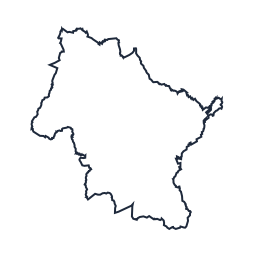 outline of Tala, Jalisco, Mexico, rotated 175°
{"feature_id": "50627088B29347766451470", "entity_name": "Tala", "entity_type": "district", "adm_level": 2, "iso_a3": "MEX", "parent_name": "Mexico", "parent_adm1": "Jalisco", "projection": "equal_earth", "projection_center": [-103.69, 20.61], "detail": "fine", "context": "isolated", "style": "outline", "palette": "slate", "viewbox_px": 256, "rotation_deg": 175, "n_neighbors": 0, "source": "geoboundaries", "source_scale": "gbopen_adm2", "svg_char_len": 5809}
<svg xmlns="http://www.w3.org/2000/svg" viewBox="0 0 256 256"><g transform="rotate(175 128 128)"><path d="M185.7,231.6L187.0,229.8L187.0,228.9L187.9,226.7L189.7,223.9L189.2,223.3L186.4,223.0L187.4,219.8L188.2,218.6L187.8,218.4L185.4,211.7L185.3,209.7L187.2,209.9L187.2,209.5L189.0,208.7L190.8,203.8L190.2,201.5L195.2,199.3L200.4,197.7L193.2,193.8L195.2,188.8L196.5,187.5L199.2,182.0L199.4,181.1L199.1,179.3L200.1,178.2L199.2,177.5L200.3,176.3L199.8,175.1L200.0,174.7L200.9,174.5L201.3,174.0L201.3,172.9L202.7,171.9L203.2,169.7L203.9,168.5L204.0,166.6L205.6,165.5L208.4,165.5L209.0,163.9L211.0,163.1L211.4,161.7L212.3,160.3L212.1,159.6L212.5,158.1L213.8,155.8L215.6,155.0L216.0,153.5L217.0,152.2L216.8,149.5L218.7,147.1L220.3,146.8L223.1,143.1L222.7,142.0L223.4,141.3L223.7,139.9L223.2,137.8L223.8,137.2L224.2,135.4L223.2,135.8L222.9,135.5L223.0,133.9L222.5,132.6L216.4,127.9L212.8,127.4L211.4,126.0L210.7,127.2L207.9,125.3L207.5,124.3L206.1,123.4L204.7,123.6L204.5,124.7L203.1,124.5L202.4,126.3L201.8,126.7L201.7,127.7L200.9,129.2L199.6,129.9L199.7,130.7L199.0,130.5L198.3,131.2L196.4,131.5L195.5,130.9L194.0,131.0L193.8,132.7L193.0,133.3L188.9,133.7L187.9,134.3L185.0,133.2L184.8,132.2L183.6,131.7L183.5,130.4L183.9,129.2L183.0,127.2L183.0,126.3L183.5,125.7L183.8,126.0L184.7,125.7L184.9,125.0L184.2,123.9L185.1,123.8L184.8,121.7L184.2,121.1L184.0,119.2L183.2,118.0L182.7,115.5L182.9,113.9L181.9,111.9L182.2,109.2L181.6,108.3L182.1,107.4L181.6,107.5L181.6,107.0L181.0,106.6L180.4,107.3L180.2,106.9L179.5,106.9L179.1,105.8L178.6,106.0L178.2,105.6L178.0,106.1L177.2,105.0L176.5,105.6L176.4,105.1L175.3,105.3L173.4,103.9L172.9,104.3L173.2,102.1L174.7,101.9L177.9,102.5L179.1,101.0L179.0,99.9L178.1,98.3L176.8,94.8L174.7,94.1L170.4,94.2L170.1,91.8L168.9,91.3L168.3,90.1L169.6,89.4L170.0,88.6L170.8,88.6L171.5,87.3L172.0,87.4L173.6,85.6L173.5,83.8L174.1,83.0L174.4,81.9L174.0,79.9L174.6,79.4L174.6,77.7L175.2,76.3L175.6,76.3L176.1,75.4L175.1,74.5L175.1,72.7L174.1,70.5L175.3,68.7L175.2,66.8L175.9,65.6L175.7,64.4L174.9,63.2L175.7,62.7L175.1,62.3L174.1,60.3L166.5,65.3L163.7,64.2L161.5,64.0L159.0,65.2L156.8,65.3L155.4,64.6L153.8,65.4L151.9,64.8L150.8,63.6L150.0,61.6L149.9,60.8L150.3,60.2L150.0,59.8L150.0,57.5L148.6,57.0L148.0,55.6L147.9,53.8L147.0,51.4L147.8,49.4L148.4,44.6L144.8,45.4L131.4,50.3L129.9,51.7L130.5,49.7L131.8,39.5L130.6,37.1L128.0,36.1L128.2,36.6L126.6,36.6L126.2,37.3L124.0,38.3L120.3,38.6L117.0,37.1L114.6,38.4L110.3,34.8L109.7,34.8L109.5,35.3L108.2,34.7L107.0,35.0L104.0,33.5L102.7,34.0L102.4,34.9L100.5,32.7L100.3,30.3L100.7,28.1L98.3,26.6L97.5,25.3L95.7,23.9L92.3,25.5L91.7,25.5L91.6,24.7L89.2,23.3L84.8,24.2L84.3,25.3L80.7,23.9L79.6,23.8L78.4,25.0L76.3,30.3L76.4,33.4L73.9,35.6L73.6,37.7L72.8,38.8L73.3,39.8L74.7,40.1L75.7,42.0L77.1,42.3L77.1,43.0L76.4,44.0L77.1,44.9L77.2,47.8L77.5,46.0L77.6,48.0L78.5,49.6L80.2,50.7L80.1,55.4L80.8,60.0L82.0,61.5L81.6,63.2L81.9,65.2L82.6,65.1L83.1,64.3L85.5,65.2L85.3,66.1L86.5,67.4L87.4,69.5L87.3,72.6L87.6,73.2L87.1,73.3L86.2,75.1L85.1,75.7L83.5,79.1L82.3,79.4L82.0,80.4L81.0,81.2L78.7,82.3L79.0,82.8L79.9,82.7L80.4,84.6L79.2,84.7L78.8,88.6L81.3,88.1L82.9,93.3L81.7,93.2L81.7,95.4L80.6,94.8L81.0,93.0L79.7,93.5L79.4,92.9L77.8,92.3L77.6,93.6L78.0,94.4L77.0,94.9L76.6,98.0L74.7,100.0L71.5,101.5L71.1,104.1L69.0,104.9L69.2,106.2L68.0,106.4L68.1,107.5L66.9,108.0L66.6,105.9L60.5,108.7L60.7,110.8L55.7,112.9L55.9,115.0L54.6,115.6L54.8,117.5L53.7,118.0L53.2,118.6L52.8,120.5L52.4,120.6L51.9,122.2L51.6,124.1L52.1,126.2L52.0,128.7L51.6,129.1L51.4,126.9L50.8,127.2L50.9,128.5L49.5,129.4L49.8,130.6L49.2,131.1L48.9,129.8L46.8,131.1L46.9,132.3L47.3,132.7L46.8,133.1L44.7,134.4L43.1,134.1L42.6,132.8L41.8,133.0L41.2,135.5L38.9,137.4L37.5,137.8L35.5,139.5L33.9,139.6L33.2,139.1L32.4,140.8L32.7,142.0L33.6,142.8L33.7,143.3L32.3,144.3L31.8,145.5L32.5,146.8L32.1,148.9L32.4,148.6L33.7,149.0L35.0,150.2L36.4,149.7L37.0,149.8L37.0,150.3L37.3,149.9L37.8,150.3L37.9,149.7L38.5,149.8L38.5,149.3L39.2,149.4L39.3,147.6L40.4,146.3L40.9,147.2L41.6,146.7L41.2,145.8L43.0,144.5L42.7,143.8L43.2,143.3L43.0,142.9L43.8,142.4L43.5,140.7L43.9,140.4L43.7,138.9L47.3,135.9L47.6,134.8L48.8,136.8L45.1,139.5L45.3,140.3L43.9,142.3L44.7,142.7L45.1,142.0L46.9,141.2L48.5,141.7L51.9,139.6L52.0,141.7L52.6,141.6L52.6,143.1L53.7,143.0L53.8,144.5L54.3,144.5L54.3,145.8L57.5,148.8L58.7,151.3L60.4,150.3L61.0,151.6L61.6,151.3L61.8,152.4L62.7,152.0L63.3,154.1L64.9,153.5L65.5,155.7L66.3,155.4L66.8,158.0L66.2,158.2L69.2,161.2L70.0,161.2L70.0,161.6L71.0,161.9L70.5,159.9L73.1,159.5L72.9,160.3L74.0,160.0L75.6,158.0L75.9,159.6L76.7,160.3L78.3,161.2L79.3,161.1L80.4,162.0L81.2,161.4L81.8,161.7L82.2,162.6L82.0,163.5L82.8,164.1L83.3,166.0L83.6,166.3L85.5,166.5L86.2,167.3L86.8,166.9L88.0,168.7L91.0,168.3L92.0,169.1L92.9,168.9L93.7,169.8L93.6,170.4L94.9,171.4L98.7,171.4L99.2,171.8L100.7,174.1L102.2,175.2L102.7,179.4L104.2,181.0L105.0,182.6L104.9,183.2L106.9,186.5L107.2,188.6L109.4,191.0L109.5,192.2L109.1,193.2L110.1,194.9L110.2,196.9L112.2,199.3L113.4,201.6L113.0,206.1L113.2,206.7L115.1,206.7L115.3,204.4L117.0,202.5L120.2,200.7L125.1,198.8L125.7,198.6L126.3,199.3L126.7,199.3L126.8,198.9L127.7,200.6L129.0,200.7L128.9,201.8L129.5,202.3L129.5,203.5L129.0,204.4L129.1,207.0L130.0,210.9L130.2,213.5L129.5,213.9L129.8,214.6L129.4,216.1L130.8,217.0L131.8,218.4L140.0,218.3L141.0,217.5L143.1,218.0L143.2,217.1L143.7,217.4L144.0,216.3L145.3,216.7L145.5,215.7L146.2,215.9L146.6,214.2L148.6,215.7L149.1,213.5L150.2,214.4L150.0,215.3L154.9,219.2L156.5,220.8L160.4,222.6L159.9,223.3L159.8,224.7L160.7,227.7L161.8,226.6L162.5,227.6L164.5,229.1L164.7,230.3L165.2,229.8L166.6,231.4L168.3,231.1L170.2,231.4L170.4,230.4L171.1,230.5L171.2,229.5L174.1,229.3L174.4,227.7L178.2,228.9L179.9,228.6L184.0,232.2L184.6,231.8L185.1,232.7L185.4,231.1L185.7,231.6Z" fill="none" stroke="#1e293b" stroke-width="2"/></g></svg>